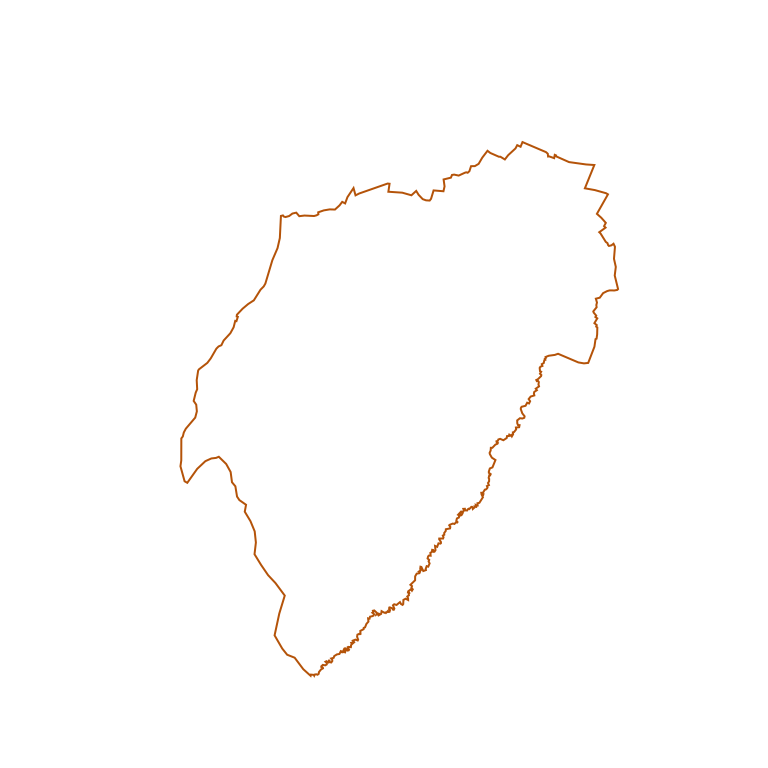 the district of Paleu, Bihor, Romania, rotated 118°
{"feature_id": "2599482B55319195618022", "entity_name": "Paleu", "entity_type": "district", "adm_level": 2, "iso_a3": "ROU", "parent_name": "Romania", "parent_adm1": "Bihor", "projection": "equal_earth", "projection_center": [22.001, 47.102], "detail": "fine", "context": "isolated", "style": "outline", "palette": "amber", "viewbox_px": 768, "rotation_deg": 118, "n_neighbors": 0, "source": "geoboundaries", "source_scale": "gbopen_adm2", "svg_char_len": 6164}
<svg xmlns="http://www.w3.org/2000/svg" viewBox="0 0 768 768"><g transform="rotate(118 384 384)"><path d="M563.6,511.3L546.6,509.1L536.0,505.5L530.8,501.5L528.1,497.6L525.8,495.7L528.7,485.8L533.7,478.1L542.1,472.1L544.1,467.2L552.4,460.9L554.4,457.2L555.4,449.1L562.1,447.0L567.8,437.5L574.8,429.0L584.1,422.7L595.1,418.4L601.5,407.5L607.2,396.6L610.7,386.4L617.4,372.3L635.8,368.7L657.3,362.6L665.4,349.6L668.5,342.4L667.6,334.4L673.7,321.4L676.1,311.8L674.9,312.1L673.8,309.5L674.3,308.7L673.1,308.8L672.1,307.5L671.9,306.2L670.6,305.6L668.9,306.2L665.6,305.6L663.7,304.4L663.1,304.9L663.3,306.5L662.7,306.8L660.7,306.1L660.0,303.8L658.5,302.9L657.1,303.6L656.7,305.3L655.8,304.7L656.1,302.7L654.0,302.8L653.8,302.3L655.1,301.2L654.6,299.8L652.8,299.6L651.6,300.4L651.1,301.7L649.4,299.9L647.6,300.2L644.8,298.6L643.3,296.6L640.1,296.7L640.0,295.9L640.6,295.3L640.3,294.6L638.4,294.7L639.4,293.3L639.2,292.4L637.1,293.1L636.0,294.6L635.6,294.3L635.7,292.4L636.6,291.2L635.8,290.2L635.0,290.1L633.5,292.5L632.9,292.2L631.9,289.7L630.0,290.5L628.8,290.2L627.9,291.4L627.2,290.6L628.0,289.9L626.0,289.1L625.2,291.0L623.1,289.2L622.8,286.8L621.9,286.8L619.8,289.1L617.8,289.8L616.1,288.5L616.2,287.8L615.7,287.4L613.1,289.0L610.1,286.9L608.9,287.4L607.7,286.5L604.1,286.9L601.1,286.2L598.4,288.0L598.0,286.6L596.0,287.1L594.1,284.9L592.3,284.5L591.7,285.1L591.4,286.9L590.3,286.4L589.4,287.3L588.5,286.3L589.4,282.9L591.2,282.5L589.4,281.5L589.3,280.9L590.5,280.9L590.9,280.2L588.3,278.6L585.7,279.5L585.8,276.2L585.1,275.6L585.3,274.8L582.6,274.0L583.3,273.2L582.6,272.2L580.8,272.5L580.1,273.9L578.9,274.4L578.5,274.0L578.2,271.3L579.0,270.2L578.8,269.4L577.5,269.4L575.2,272.2L573.7,271.6L573.2,269.2L569.1,267.5L570.3,265.6L570.3,263.9L569.3,263.7L565.5,265.5L563.4,264.1L563.4,261.3L561.8,262.2L560.7,263.7L558.9,262.8L557.8,263.6L556.7,263.4L556.3,264.0L556.7,265.0L555.7,265.3L552.6,263.9L553.4,262.3L551.8,262.2L551.0,264.1L549.3,264.4L548.9,266.4L542.7,264.4L539.2,266.2L536.1,266.1L534.4,263.9L533.1,264.0L533.1,265.1L530.7,263.9L530.3,265.2L528.2,266.0L528.0,265.1L530.7,261.5L528.6,259.6L527.6,260.4L524.8,260.8L524.5,259.2L521.0,259.5L519.6,261.4L518.1,261.5L517.6,263.6L515.5,264.1L514.4,263.8L513.7,262.2L511.3,263.8L509.8,262.9L507.8,263.6L507.5,262.6L508.8,261.3L508.4,260.7L506.6,260.5L503.0,262.9L502.8,260.6L499.1,261.1L498.5,259.3L497.9,259.0L496.8,259.5L495.2,262.4L494.5,262.7L492.7,259.3L491.4,259.5L490.2,260.9L488.8,260.0L487.3,260.9L484.8,260.5L483.2,261.2L480.5,257.9L479.1,258.3L478.1,260.1L477.5,259.9L474.9,257.7L474.5,256.1L472.4,255.5L471.9,254.3L471.4,254.3L470.9,255.9L468.5,256.5L466.7,255.2L464.8,255.9L464.7,257.2L462.1,256.5L463.5,255.6L464.1,254.6L463.4,254.0L461.5,253.9L461.0,255.4L460.3,255.7L459.7,254.1L458.0,254.2L457.0,255.3L456.2,254.0L457.5,253.0L456.6,251.2L455.3,251.2L454.4,250.7L454.4,250.0L451.5,249.2L451.1,248.5L451.4,247.8L452.6,246.9L450.5,246.1L449.6,246.6L449.2,245.1L447.8,246.1L447.9,244.8L447.4,244.2L445.4,245.5L444.1,244.0L437.5,243.5L436.3,245.2L435.5,244.3L434.6,244.5L435.3,246.3L434.4,247.0L433.8,245.9L432.8,245.5L430.0,245.4L429.4,244.6L427.8,244.0L426.8,244.0L425.8,245.2L424.0,243.9L422.6,245.7L420.7,245.5L418.4,246.6L417.8,247.5L415.2,248.2L414.9,247.4L413.5,247.5L413.2,249.7L412.2,250.3L408.9,250.9L406.7,249.1L398.8,249.9L398.4,254.2L396.3,257.5L395.3,258.4L392.7,258.6L390.2,259.7L389.5,258.4L385.2,257.2L383.5,255.8L382.6,255.8L382.5,257.2L381.8,257.8L380.7,256.8L379.3,257.0L377.9,255.7L377.6,252.2L374.1,250.3L372.2,250.9L371.4,249.4L370.0,249.6L370.4,248.3L369.3,247.8L370.2,246.5L367.7,246.4L366.2,247.5L365.3,246.6L362.1,246.0L360.5,247.1L358.7,244.4L356.7,245.0L357.3,246.5L356.1,247.9L353.6,249.3L350.4,247.9L349.5,245.6L348.0,244.3L346.5,244.7L345.0,248.1L341.9,251.5L340.8,251.9L339.5,251.8L336.8,248.8L333.3,248.8L333.1,246.8L330.6,246.9L329.4,249.2L326.2,248.6L323.5,245.9L321.8,247.3L320.4,247.6L317.7,246.1L316.9,247.8L313.3,246.0L311.9,247.4L309.6,248.2L308.9,249.6L309.7,250.4L309.0,251.4L307.6,250.4L303.3,249.0L302.2,249.3L301.7,251.1L299.4,251.0L299.4,252.3L296.7,254.1L295.3,254.0L293.7,252.6L292.4,254.0L290.5,252.8L287.8,253.6L286.9,252.9L286.3,253.8L284.9,253.3L284.3,254.0L281.7,251.8L278.1,246.8L275.6,244.5L273.7,222.5L271.9,217.1L269.5,213.6L252.3,215.7L245.1,218.3L244.2,217.6L240.1,219.1L233.9,222.2L233.7,223.6L232.1,223.8L231.5,226.8L225.9,226.5L225.6,228.8L224.0,228.7L222.5,232.4L221.6,233.3L216.4,232.3L214.6,233.6L212.1,234.2L209.2,237.0L206.5,234.0L200.9,233.2L197.2,230.6L195.4,228.7L193.2,224.4L191.4,222.2L190.3,221.9L179.9,231.2L171.8,234.3L165.5,239.7L154.4,244.5L152.4,247.2L154.8,248.3L156.5,250.2L156.1,251.4L154.7,252.8L154.4,254.9L149.4,263.5L148.9,265.2L141.9,261.8L141.3,263.8L137.6,263.8L135.2,270.2L133.8,275.9L111.4,275.3L111.3,277.5L113.8,288.9L116.9,298.5L91.9,301.1L95.3,308.7L101.2,324.8L102.2,339.1L101.4,339.4L101.5,340.8L104.7,339.8L105.5,345.1L106.1,345.9L103.8,347.5L103.2,349.8L105.4,375.3L110.4,374.8L110.6,378.5L114.3,378.5L123.7,381.8L129.0,382.7L128.7,388.0L129.4,389.2L130.1,398.6L129.5,402.1L138.0,403.5L145.2,403.8L149.0,406.1L150.8,409.4L156.0,408.5L158.2,409.3L158.5,410.8L159.4,411.7L164.9,415.9L166.2,420.4L167.5,422.1L170.4,421.8L175.4,427.4L181.1,423.3L185.9,422.0L189.8,431.1L198.4,429.4L200.6,429.8L202.1,433.1L202.6,436.6L200.7,442.3L198.4,446.2L204.5,448.4L206.5,457.7L212.2,470.4L204.6,473.1L205.3,474.9L227.4,495.3L230.8,497.7L225.3,502.9L236.2,504.0L242.8,503.1L242.8,506.4L247.1,507.1L253.0,509.2L255.3,513.9L259.0,518.7L263.3,522.7L265.0,521.6L266.8,522.8L268.5,524.6L272.6,533.3L275.6,537.6L273.9,541.9L276.5,544.9L280.2,546.6L282.8,549.3L283.2,551.0L282.6,552.4L284.0,553.9L304.0,544.5L314.0,541.8L327.1,540.7L351.0,535.9L354.3,536.0L358.7,537.3L371.2,538.2L377.2,541.5L383.9,544.2L391.9,546.4L393.5,545.8L393.3,544.6L397.8,543.8L398.1,545.0L404.5,543.4L411.3,543.5L420.9,546.0L426.1,545.8L428.5,547.7L431.5,548.6L442.7,549.0L448.3,549.9L458.0,554.3L459.4,554.4L468.5,551.2L476.3,546.5L480.0,546.2L488.3,544.1L490.4,540.1L496.0,536.4L502.3,534.9L516.5,538.0L520.8,538.0L524.8,537.0L527.2,537.4L546.7,527.1L552.2,525.1L563.5,514.4L563.6,511.3Z" fill="none" stroke="#b45309" stroke-width="2"/></g></svg>